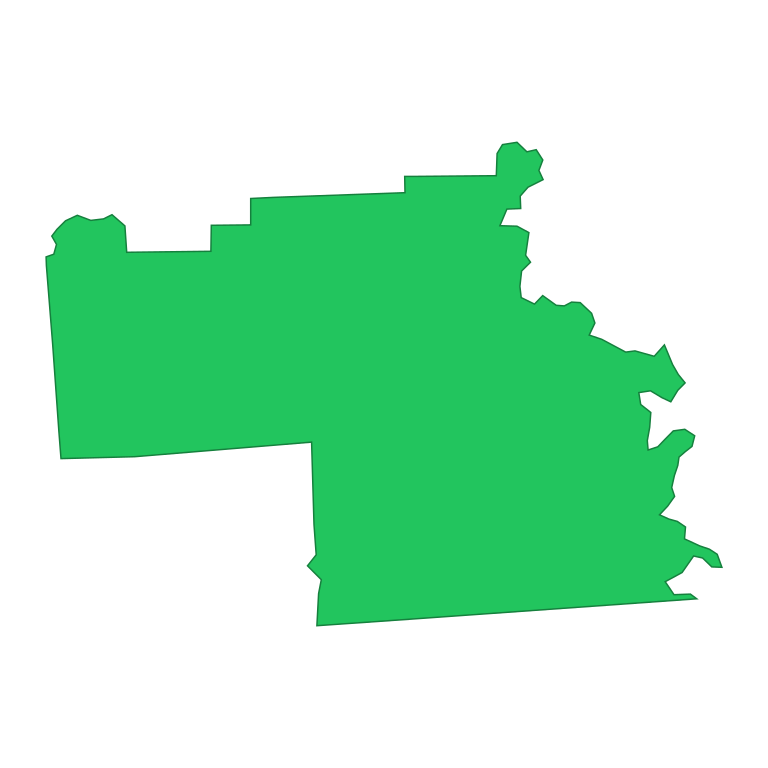 Casca, Rio Grande do Sul, Brazil (Albers equal-area conic projection)
{"feature_id": "56859067B91025012286636", "entity_name": "Casca", "entity_type": "district", "adm_level": 2, "iso_a3": "BRA", "parent_name": "Brazil", "parent_adm1": "Rio Grande do Sul", "projection": "albers", "projection_center": [-51.925, -28.591], "detail": "fine", "context": "isolated", "style": "filled", "palette": "green", "viewbox_px": 768, "rotation_deg": 0, "n_neighbors": 0, "source": "geoboundaries", "source_scale": "gbopen_adm2", "svg_char_len": 1488}
<svg xmlns="http://www.w3.org/2000/svg" viewBox="0 0 768 768"><path d="M685.1,382.9L678.3,374.5L672.6,364.6L664.4,344.9L654.2,356.3L635.0,350.9L625.7,352.1L601.7,339.3L589.2,335.1L594.9,323.0L591.6,313.3L580.2,302.6L571.6,302.1L564.3,305.9L556.2,305.3L542.7,295.6L534.5,304.1L521.2,297.6L519.9,286.4L521.6,271.0L530.5,262.2L525.6,255.3L528.9,232.6L517.0,226.2L499.9,225.7L506.9,209.1L520.7,208.5L520.2,196.1L528.0,187.2L543.1,179.6L538.9,170.4L542.8,160.0L536.2,149.7L526.9,151.8L517.0,142.3L502.5,144.6L497.1,153.5L496.3,175.7L416.5,176.4L404.7,176.4L405.0,192.7L273.2,197.4L250.7,198.5L250.7,224.9L211.3,225.3L210.9,251.3L126.7,252.3L124.9,225.9L112.0,214.7L103.5,218.9L90.8,220.4L77.3,215.3L65.5,220.8L57.0,229.3L51.8,236.1L56.5,244.4L53.8,254.2L46.1,256.9L46.4,265.7L52.7,344.7L58.9,431.7L61.0,458.6L134.7,456.7L311.6,442.1L314.0,524.6L316.2,554.8L307.5,565.8L321.3,579.7L318.6,593.6L316.9,625.7L418.3,618.6L463.3,615.4L696.7,598.8L690.4,594.1L674.0,594.7L665.2,581.7L682.1,572.5L693.6,556.0L702.6,558.0L711.8,566.9L721.9,567.3L717.2,554.3L709.4,549.2L699.7,545.9L692.8,542.7L684.5,538.9L685.5,527.0L677.3,521.4L668.7,519.0L659.5,514.8L667.6,506.2L674.6,496.4L671.7,487.6L674.4,475.5L677.8,465.4L679.0,457.1L685.1,451.8L692.0,446.4L694.7,435.8L684.8,429.3L673.3,430.9L665.3,439.0L657.8,446.8L648.1,450.0L647.3,440.6L649.7,427.3L650.8,412.5L640.7,404.5L638.8,392.6L650.5,390.8L662.0,397.7L670.8,401.8L677.8,390.3L685.1,382.9Z" fill="#22c55e" stroke="#15803d" stroke-width="1.5"/></svg>